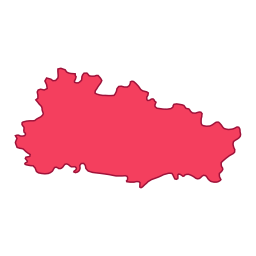 outline of Shklow, Mogilev, Belarus
{"feature_id": "67162791B50878075194487", "entity_name": "Shklow", "entity_type": "district", "adm_level": 2, "iso_a3": "BLR", "parent_name": "Belarus", "parent_adm1": "Mogilev", "projection": "natural_earth1", "projection_center": [30.382, 54.184], "detail": "fine", "context": "isolated", "style": "filled", "palette": "rose", "viewbox_px": 256, "rotation_deg": 0, "n_neighbors": 0, "source": "geoboundaries", "source_scale": "gbopen_adm2", "svg_char_len": 4547}
<svg xmlns="http://www.w3.org/2000/svg" viewBox="0 0 256 256"><path d="M156.0,102.2L154.7,101.2L154.1,99.9L153.0,98.9L151.3,99.1L149.8,100.1L149.0,100.4L147.5,100.4L146.8,99.4L146.8,98.5L146.8,97.0L147.9,95.3L148.3,92.9L146.8,91.9L142.6,90.8L140.7,89.5L139.4,87.6L138.5,86.3L136.0,83.6L133.6,81.5L131.9,81.2L130.4,81.9L130.4,83.0L129.4,85.5L127.4,87.0L124.2,87.0L121.3,86.2L118.7,86.5L117.0,88.6L116.4,91.4L115.1,94.0L114.0,95.4L111.0,95.6L108.5,95.6L105.1,95.4L102.7,95.4L99.5,94.9L96.5,94.0L95.0,93.0L95.3,90.8L96.8,88.7L97.9,86.8L99.1,85.1L100.4,83.4L101.2,81.9L101.8,80.5L100.7,78.5L100.0,77.6L98.1,75.5L96.2,75.5L94.6,76.1L92.9,76.2L90.6,76.1L89.1,75.7L88.1,74.4L86.9,73.1L84.0,73.2L82.6,75.0L81.9,76.8L81.8,78.5L81.5,80.3L79.8,81.8L78.5,82.8L76.4,82.9L74.6,82.3L74.4,81.0L75.3,79.5L75.7,78.2L76.1,76.7L75.3,75.7L75.2,73.8L70.9,73.5L68.6,73.0L66.6,72.0L65.2,69.8L60.9,68.3L59.5,68.6L57.9,69.0L57.9,71.5L58.2,76.0L57.9,78.0L55.6,80.5L52.9,80.7L50.9,79.2L46.6,78.0L44.9,81.0L46.6,84.7L47.2,88.5L44.2,90.0L40.6,89.2L38.2,90.0L37.2,92.0L37.9,95.2L37.9,98.2L35.8,99.9L37.7,102.1L39.1,104.0L40.5,105.4L41.6,106.7L42.1,108.5L42.1,109.9L42.5,111.2L42.8,112.0L43.3,113.5L42.9,114.7L41.8,115.9L40.7,116.9L38.5,118.0L36.4,119.2L34.9,120.5L33.2,120.8L29.9,120.8L26.6,121.1L23.0,122.0L22.1,122.7L22.0,124.6L22.7,125.7L24.0,127.3L24.0,128.8L23.8,130.5L24.1,132.2L25.4,133.3L25.4,134.6L24.6,135.7L22.6,136.1L20.6,136.1L19.3,135.5L18.2,135.1L16.9,135.2L15.4,135.7L16.2,137.1L17.0,138.4L16.4,139.8L15.7,141.5L15.4,142.6L15.8,144.0L16.4,145.5L17.1,147.4L19.9,148.3L21.9,148.6L23.2,149.0L24.3,150.0L25.9,151.6L27.9,153.1L30.2,154.5L29.8,156.3L29.1,156.6L27.3,156.9L25.9,157.2L25.3,158.6L26.3,159.7L27.4,161.1L27.1,162.0L25.8,162.7L24.9,163.4L25.1,164.3L26.3,164.8L28.7,165.3L30.5,165.6L32.0,165.7L33.2,165.8L34.0,166.8L34.9,167.6L35.6,169.2L36.3,171.2L37.1,172.0L38.6,172.9L39.8,173.1L41.7,173.5L44.9,173.8L48.2,173.5L50.4,172.6L52.3,171.2L53.1,170.0L54.0,168.3L54.8,167.4L56.3,167.2L57.7,167.8L58.8,168.6L60.2,168.6L60.3,168.6L61.4,168.2L62.3,167.5L63.1,166.7L63.8,165.6L64.9,164.3L66.6,163.9L68.4,164.6L69.9,165.9L71.3,166.8L72.6,166.8L74.4,166.7L75.4,166.9L76.4,168.1L76.2,169.4L75.2,170.4L74.1,171.1L73.8,171.9L75.4,172.6L77.1,172.2L78.6,171.3L79.4,170.2L80.0,168.6L80.0,167.2L79.7,165.6L81.2,163.5L83.7,163.4L85.3,165.4L85.7,167.4L85.8,168.3L87.0,169.8L88.2,171.0L90.0,171.6L92.5,172.4L95.6,172.8L99.3,173.2L104.5,173.9L109.3,174.6L113.2,175.4L116.0,175.9L118.9,175.9L122.2,175.9L123.9,175.8L125.3,175.7L127.1,176.3L127.6,177.5L127.6,179.2L127.3,180.1L126.5,180.9L126.8,181.7L129.9,182.1L132.3,182.1L134.1,182.1L136.2,181.6L137.8,181.6L139.1,181.8L140.0,182.7L139.9,184.9L139.8,186.5L139.9,187.2L141.0,187.7L142.5,186.9L143.9,185.5L145.4,184.1L146.2,183.5L148.1,181.6L151.4,179.6L155.0,178.3L158.3,177.1L160.8,176.0L163.6,174.6L166.2,173.9L168.3,173.3L169.9,173.2L171.9,173.4L172.8,174.7L173.6,176.4L174.4,178.0L174.8,178.9L176.4,179.3L177.8,178.6L177.9,177.7L177.9,176.4L177.8,175.0L178.5,174.1L180.1,174.3L182.1,175.6L183.0,176.3L184.2,175.9L184.8,175.0L186.4,174.4L188.4,174.3L190.5,175.0L192.7,176.1L194.4,177.2L195.7,178.2L197.3,178.8L198.5,178.7L199.6,178.4L200.9,177.3L202.1,176.1L203.5,175.3L205.6,175.6L207.1,177.3L207.9,178.7L209.3,180.2L210.8,181.3L211.7,181.6L213.9,182.1L216.4,182.1L217.9,181.8L219.4,181.0L220.5,180.2L220.9,179.5L220.7,179.2L220.2,178.2L219.5,176.8L219.3,174.7L219.4,173.4L220.6,172.4L222.1,170.7L222.8,169.3L222.5,167.9L221.5,166.4L221.2,164.7L221.2,162.6L222.9,160.9L226.3,158.0L229.5,155.6L231.3,154.6L233.1,153.6L234.2,152.6L234.7,151.9L234.6,151.1L234.8,149.6L234.2,148.5L233.7,147.3L233.3,145.7L233.0,144.0L233.5,141.6L235.3,140.2L237.1,139.2L238.7,138.1L239.7,137.0L240.3,136.1L240.6,134.3L240.3,133.0L240.0,131.4L240.0,130.3L239.8,129.0L238.8,127.3L237.6,127.0L236.7,127.1L235.1,128.0L233.8,128.6L232.3,129.1L229.7,129.4L228.4,129.5L226.5,129.2L224.3,128.6L223.0,127.5L222.1,126.2L221.2,124.9L219.7,123.2L218.6,122.2L217.1,122.1L216.0,122.3L214.9,123.0L213.8,123.8L212.8,124.5L211.3,125.4L209.8,126.0L207.1,126.2L206.2,126.2L203.3,125.7L201.9,124.9L201.3,123.7L201.1,122.2L201.1,120.6L201.2,118.7L201.8,116.4L201.8,115.3L202.1,113.7L200.9,112.2L199.3,112.0L197.8,112.4L195.2,113.2L192.4,112.9L190.6,111.4L189.8,110.1L188.8,108.9L187.0,108.6L185.8,108.2L185.2,107.3L183.9,105.5L182.1,104.8L179.8,104.4L176.7,103.9L174.0,104.3L173.2,105.5L173.1,106.5L172.6,107.4L170.9,108.6L167.1,109.2L163.2,109.1L161.1,108.8L156.9,108.2L155.1,106.7L154.9,105.0L156.0,102.2Z" fill="#f43f5e" stroke="#9f1239" stroke-width="1.5"/></svg>